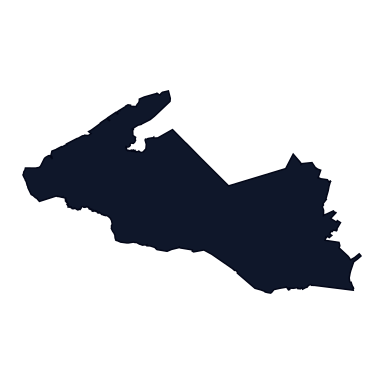 the district of Alphen-Chaam, Noord-Brabant, Netherlands
{"feature_id": "6326949B83177775989799", "entity_name": "Alphen-Chaam", "entity_type": "district", "adm_level": 2, "iso_a3": "NLD", "parent_name": "Netherlands", "parent_adm1": "Noord-Brabant", "projection": "mercator", "projection_center": [4.85, 51.507], "detail": "fine", "context": "isolated", "style": "filled", "palette": "ink", "viewbox_px": 384, "rotation_deg": 0, "n_neighbors": 0, "source": "geoboundaries", "source_scale": "gbopen_adm2", "svg_char_len": 5879}
<svg xmlns="http://www.w3.org/2000/svg" viewBox="0 0 384 384"><path d="M353.2,290.2L352.9,289.2L353.4,288.9L353.6,288.3L353.3,287.8L353.1,287.4L353.2,287.2L352.6,286.6L351.7,284.2L351.1,282.2L350.0,282.2L349.8,282.0L349.2,277.9L350.1,273.0L350.8,270.4L353.7,261.9L357.6,259.0L361.0,256.0L360.7,255.5L359.2,253.8L354.7,257.5L350.5,259.9L349.3,257.9L348.1,256.3L339.0,247.8L339.6,246.5L339.8,245.6L339.0,242.4L325.0,240.3L325.5,238.1L325.6,238.4L327.7,236.2L329.2,237.6L331.8,235.4L329.6,234.0L330.3,232.8L330.8,231.5L331.0,231.6L331.2,231.1L332.4,231.5L333.2,230.1L336.5,230.8L337.1,229.8L336.9,229.3L336.6,229.3L340.5,222.6L337.3,220.6L336.5,222.2L330.6,218.4L336.0,212.7L335.7,212.4L333.9,212.6L334.4,212.1L333.4,210.9L326.3,214.2L325.1,214.6L323.5,215.6L323.6,210.4L323.3,209.3L322.3,206.7L323.5,205.0L322.9,203.8L326.3,199.4L325.9,199.1L327.0,194.9L326.9,194.6L327.1,194.6L328.2,190.7L329.0,186.3L330.4,181.6L330.6,181.5L330.3,181.0L328.8,181.9L327.4,179.7L320.3,178.7L319.7,178.1L318.1,177.8L320.7,170.2L317.6,169.1L316.4,168.2L316.1,168.7L312.0,162.6L301.3,163.7L301.4,164.4L301.1,164.6L300.9,163.4L300.5,162.6L293.2,154.1L285.7,168.6L228.6,185.9L200.9,158.3L186.6,143.7L185.0,142.3L172.5,129.6L157.8,137.9L154.1,138.1L153.8,137.1L153.4,137.5L153.4,137.8L151.8,137.9L148.6,138.4L147.8,138.6L147.8,139.2L145.5,139.1L145.1,140.0L145.2,140.5L146.3,144.3L145.9,148.9L143.9,151.0L143.7,151.6L142.0,152.4L140.5,152.4L138.9,151.1L138.8,151.3L136.3,152.0L136.3,151.6L135.2,151.6L135.3,151.4L134.9,151.1L135.0,150.7L134.5,150.9L134.7,150.5L133.6,150.2L133.4,150.4L133.4,150.0L133.2,149.9L132.9,150.1L133.0,150.3L132.6,150.8L132.7,151.2L132.5,151.3L132.1,151.3L132.1,150.9L131.8,151.0L131.5,150.2L131.1,150.4L131.0,150.8L130.5,150.4L129.1,150.9L128.7,150.3L127.7,150.7L127.2,150.1L126.8,150.1L126.3,149.7L126.3,149.4L126.7,149.3L126.3,148.6L126.5,148.0L125.9,147.6L126.1,147.4L126.2,147.0L125.9,147.0L126.1,146.4L127.9,147.0L128.7,146.9L129.8,146.0L130.2,145.5L130.0,144.6L130.7,143.4L131.3,143.1L133.3,143.4L134.6,142.2L135.6,140.2L135.1,139.3L135.6,137.3L132.8,135.4L132.9,134.9L132.6,129.5L133.4,129.5L133.4,129.3L133.3,128.5L132.8,128.5L137.9,125.2L141.2,124.4L141.2,124.2L150.2,119.6L154.4,116.2L170.0,101.4L170.3,98.4L168.4,90.9L162.4,92.3L161.0,93.5L159.9,95.2L157.1,93.3L157.0,93.8L156.7,93.9L156.0,93.7L154.4,94.1L144.2,97.0L139.3,99.1L139.3,100.8L138.9,102.2L138.3,103.2L137.1,104.5L136.3,106.5L136.1,106.3L133.5,106.7L133.5,106.4L130.7,106.4L130.6,105.2L128.0,104.8L126.2,105.8L126.5,106.0L119.5,110.3L119.9,111.4L119.1,110.5L117.1,111.9L117.1,112.4L117.9,113.7L117.8,113.8L117.0,113.9L115.9,112.3L107.8,117.7L110.1,120.6L109.8,120.4L109.3,120.7L108.3,120.1L106.8,118.6L101.4,122.2L100.3,123.1L100.5,123.4L91.6,129.9L89.7,131.1L89.4,131.1L88.6,131.6L91.1,133.5L89.3,135.0L87.8,135.5L84.7,135.2L84.6,135.5L82.3,135.9L78.3,138.2L77.0,138.5L66.5,143.9L66.9,144.6L66.4,144.6L61.9,147.0L61.5,147.1L61.3,146.7L57.4,148.7L57.8,149.0L57.4,149.0L51.9,151.1L51.0,155.1L51.4,156.1L52.1,156.8L52.2,157.1L51.9,157.6L52.2,158.5L51.9,158.6L51.7,158.2L50.8,157.4L50.4,155.8L50.2,155.6L48.5,155.7L45.4,157.5L44.4,158.5L41.0,165.3L40.4,166.4L39.5,167.1L39.6,167.3L35.6,168.1L25.4,168.0L24.9,170.1L23.8,171.8L23.3,174.9L23.0,175.0L23.9,177.0L25.1,179.3L25.4,180.4L26.2,181.5L27.2,185.4L27.6,185.9L28.0,187.9L31.2,194.5L33.2,195.6L35.5,197.7L37.1,198.4L37.0,198.6L39.4,201.4L56.6,195.9L56.8,196.0L56.7,196.2L57.8,196.5L57.9,196.3L61.6,197.2L62.7,197.4L62.9,197.2L62.9,197.4L65.6,198.1L65.3,199.0L65.9,199.3L66.2,199.9L66.2,200.1L65.6,200.1L65.4,200.9L65.7,201.2L66.5,200.9L66.9,201.4L66.6,201.9L66.5,202.4L67.3,202.6L67.6,203.1L67.4,203.5L67.8,203.7L67.3,204.0L67.4,204.3L67.1,204.6L67.5,204.8L67.8,204.4L68.2,204.7L68.1,204.9L68.2,205.0L67.9,205.1L68.2,205.4L67.8,205.8L67.9,206.0L68.2,205.9L68.4,206.4L68.2,206.6L68.2,207.1L68.9,206.9L69.3,207.2L70.0,207.1L70.7,206.7L71.0,207.0L70.9,207.4L71.1,207.7L71.4,207.5L71.5,207.9L71.8,208.0L72.1,208.5L72.3,208.4L72.6,208.7L73.6,208.7L74.1,208.1L74.8,208.1L75.0,208.6L75.7,208.6L76.9,209.5L77.8,209.6L78.0,209.9L78.5,209.3L79.4,209.4L79.6,209.0L80.1,209.5L80.4,209.2L80.4,208.8L80.7,208.7L81.1,208.2L81.4,207.1L81.8,206.9L81.9,206.6L82.7,206.7L83.1,206.5L83.6,206.8L83.7,207.2L84.5,207.3L85.2,207.3L85.7,206.9L86.0,207.0L86.3,206.6L86.5,206.8L86.9,206.6L87.3,206.9L87.6,206.8L87.9,207.1L88.1,207.1L88.3,207.4L88.6,207.7L88.8,207.6L88.9,208.1L89.0,208.0L89.2,208.4L89.3,208.2L90.1,208.6L90.3,209.3L91.5,209.3L91.4,209.6L91.7,209.6L92.0,210.2L92.0,210.9L92.5,211.2L93.1,211.3L93.5,210.5L93.9,210.8L94.0,210.5L95.0,210.8L95.2,211.1L95.5,210.8L95.7,211.1L96.5,211.0L96.4,211.5L96.5,211.7L97.7,212.1L97.7,212.5L98.1,212.3L98.4,212.5L98.5,213.0L99.2,213.0L99.5,212.5L99.8,212.9L100.6,213.2L101.6,214.4L102.0,214.3L102.3,214.6L103.4,214.5L103.5,215.0L104.0,214.9L104.3,215.3L104.7,215.4L105.1,215.3L105.5,215.6L106.2,215.3L108.2,216.3L110.3,218.2L111.5,220.4L112.3,224.2L111.5,225.5L111.5,227.9L111.3,228.4L112.6,231.1L114.1,233.3L114.5,234.3L114.8,234.4L115.1,237.9L115.5,239.2L115.8,239.7L115.7,240.0L116.0,240.3L116.4,240.3L116.5,240.5L117.4,240.7L120.6,242.1L126.6,242.9L128.6,242.9L133.4,242.1L134.9,242.5L136.6,242.5L139.4,244.1L141.5,244.7L141.9,245.0L143.0,245.2L143.5,244.8L146.1,245.1L146.8,244.6L146.9,245.8L150.1,245.9L155.7,247.7L155.5,248.3L157.0,249.6L167.1,251.3L171.6,249.4L179.5,247.5L179.2,246.9L179.4,246.8L180.1,247.9L192.4,249.9L192.2,251.1L193.6,251.9L203.9,250.0L211.7,254.2L232.4,268.5L234.5,270.4L236.1,270.5L237.4,271.9L237.3,273.1L255.0,288.3L261.2,290.0L265.3,291.6L265.2,292.0L267.7,292.6L270.7,293.1L271.8,292.2L273.9,289.6L279.7,288.3L285.6,287.3L286.4,286.9L288.5,289.9L289.7,289.5L289.2,288.1L293.3,288.3L297.6,287.6L297.8,288.6L300.5,288.8L301.8,287.6L302.6,289.2L305.6,287.6L307.1,287.2L308.5,285.4L310.6,284.4L311.1,284.5L311.4,285.3L314.7,285.4L353.2,290.2Z" fill="#0f172a" stroke="#020617" stroke-width="1.5"/></svg>